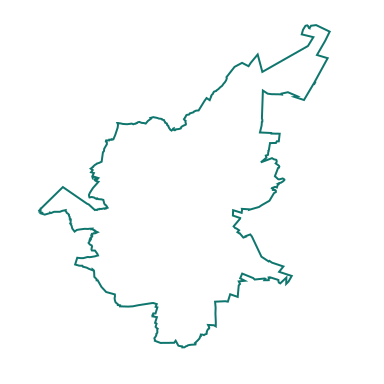 the district of Zempoala, Hidalgo, Mexico, rotated 84°
{"feature_id": "50627088B89511183643181", "entity_name": "Zempoala", "entity_type": "district", "adm_level": 2, "iso_a3": "MEX", "parent_name": "Mexico", "parent_adm1": "Hidalgo", "projection": "equal_earth", "projection_center": [-98.684, 19.926], "detail": "fine", "context": "isolated", "style": "outline", "palette": "teal", "viewbox_px": 384, "rotation_deg": 84, "n_neighbors": 0, "source": "geoboundaries", "source_scale": "gbopen_adm2", "svg_char_len": 6088}
<svg xmlns="http://www.w3.org/2000/svg" viewBox="0 0 384 384"><g transform="rotate(84 192 192)"><path d="M152.0,103.4L150.5,102.4L150.7,100.4L143.2,98.7L142.2,107.0L141.6,107.0L139.9,118.2L133.1,115.8L129.6,115.2L129.4,114.7L127.4,114.5L126.3,114.8L98.5,110.9L102.1,106.5L103.0,102.8L104.1,93.9L104.5,92.4L103.5,92.6L102.8,86.2L107.8,77.2L108.1,80.2L112.2,71.0L97.4,60.0L97.1,59.7L97.4,59.1L96.2,58.3L96.1,59.0L73.1,43.1L68.8,53.4L55.5,43.7L46.9,38.3L39.0,51.1L39.1,56.3L40.8,57.6L41.0,58.1L41.4,58.1L41.2,58.5L39.0,59.3L38.3,60.0L38.6,61.8L42.2,64.6L46.7,66.4L50.7,55.1L58.9,61.4L79.9,109.5L62.1,112.3L69.7,120.1L72.8,122.6L68.8,128.7L72.0,136.6L81.4,145.7L82.5,145.5L84.5,146.4L86.4,147.9L87.5,149.2L89.5,150.9L90.8,153.0L92.5,155.1L93.5,157.0L94.0,157.3L94.5,159.6L95.4,160.4L96.4,160.8L97.5,162.2L98.7,163.0L98.9,162.9L102.5,164.8L100.1,167.7L102.9,170.2L111.6,176.9L111.5,179.5L112.3,181.8L112.9,182.2L113.6,186.0L114.3,186.4L114.7,187.1L114.7,188.8L115.1,189.7L116.7,190.6L117.2,191.3L117.9,191.5L118.7,192.4L119.8,191.8L120.5,190.9L121.7,191.2L123.7,190.9L124.4,191.2L125.1,193.6L126.0,195.5L126.6,196.1L127.6,196.5L128.0,198.7L128.0,201.5L128.5,201.9L128.8,202.6L128.6,203.3L127.8,203.7L126.8,203.5L127.0,204.1L128.0,204.9L128.8,205.9L128.0,206.9L125.9,208.1L125.0,208.3L124.4,208.7L123.6,208.7L122.6,209.8L121.3,209.8L120.2,211.5L119.5,211.5L118.3,212.2L117.6,212.3L116.9,214.1L116.3,214.3L116.0,215.0L115.5,217.3L114.7,218.8L113.5,222.7L114.0,225.6L114.8,225.1L116.7,228.4L119.1,230.9L118.4,232.6L118.0,234.8L116.8,237.1L117.0,238.5L117.4,239.4L117.7,239.5L117.9,240.8L118.2,241.0L118.2,242.2L118.5,243.3L117.7,244.7L117.8,249.5L117.1,253.6L116.2,256.2L116.2,257.0L115.8,257.5L115.6,259.0L116.8,258.6L118.0,258.7L120.2,259.2L127.3,262.4L131.4,264.7L131.1,266.4L131.7,266.5L131.3,268.8L132.0,269.0L131.7,272.0L131.9,272.1L132.8,272.4L133.8,271.5L135.6,271.7L139.8,274.8L142.1,275.3L142.8,275.9L143.1,276.4L152.4,278.7L153.3,281.2L153.8,283.7L154.2,284.1L154.9,285.7L156.7,288.1L156.9,288.0L158.2,290.3L159.8,288.5L161.8,290.3L162.9,287.6L166.1,289.6L167.7,289.3L166.5,287.9L167.6,285.4L169.5,287.7L170.2,287.2L168.0,284.6L168.4,283.7L170.8,286.5L171.2,286.1L172.1,284.0L177.7,290.1L182.2,293.7L184.2,294.8L186.0,294.7L186.7,294.5L186.5,292.2L187.3,289.9L188.3,288.7L189.0,287.5L188.4,287.0L189.3,285.9L189.9,282.7L190.6,281.0L194.2,280.5L195.4,280.0L195.7,279.4L196.9,278.5L198.6,277.7L198.6,278.1L198.9,278.0L199.4,279.2L199.1,279.6L199.6,280.5L199.1,281.0L199.4,283.8L199.1,285.9L199.5,286.2L199.4,287.8L200.0,288.4L199.6,289.7L199.8,290.5L193.6,296.0L192.6,297.7L173.6,319.9L192.4,343.6L192.5,344.2L192.9,344.4L193.1,344.2L194.3,345.7L194.9,344.8L195.7,345.7L196.8,343.5L197.5,344.5L199.1,340.8L198.2,335.7L197.6,335.4L198.2,334.4L197.3,331.3L197.9,325.5L197.2,323.1L196.8,319.5L197.8,319.7L198.3,319.2L199.6,318.8L200.8,317.4L201.8,316.7L202.6,316.9L203.9,316.3L205.1,316.4L206.5,315.4L206.8,315.5L207.0,316.1L207.7,315.6L209.6,315.9L210.6,316.4L211.0,315.9L211.1,316.1L212.9,315.3L215.8,314.9L219.1,312.9L217.7,310.5L217.5,307.5L217.4,302.6L217.9,299.2L217.8,297.9L218.0,295.0L218.5,295.4L218.5,295.1L219.6,293.7L219.8,292.9L221.0,292.0L221.1,292.4L221.5,292.1L221.1,291.7L222.1,290.1L222.8,292.2L223.0,293.0L222.7,294.3L223.4,295.2L223.2,296.0L224.5,296.7L225.1,296.0L225.5,296.4L225.9,296.1L226.9,297.4L227.0,297.1L228.2,298.2L228.4,297.8L229.0,298.4L229.1,298.0L231.8,300.2L233.5,299.1L234.7,297.3L236.1,297.1L236.4,297.4L238.6,298.0L239.7,297.7L240.1,294.6L243.6,292.6L245.3,292.1L245.5,293.7L245.8,294.9L246.1,299.0L246.1,300.8L245.7,302.4L246.4,307.0L246.2,309.3L245.4,313.0L251.9,315.8L253.5,311.8L253.9,308.7L254.9,308.3L256.2,304.7L257.6,302.6L259.3,299.3L258.4,299.1L259.4,298.1L259.8,297.8L261.2,297.7L266.2,298.0L268.6,296.1L269.9,296.1L270.0,295.0L276.9,292.0L282.5,287.8L285.8,279.4L288.2,279.6L289.4,280.1L291.7,280.0L293.8,279.5L296.1,277.3L296.7,277.5L297.2,275.3L298.2,275.5L299.3,267.4L299.5,262.7L299.0,257.5L298.3,243.6L298.4,242.0L299.8,238.8L302.4,240.2L303.1,238.5L309.0,241.0L308.7,243.2L310.4,244.2L310.7,243.7L311.6,244.2L311.9,243.1L311.9,242.6L312.2,242.1L312.8,240.0L318.3,242.4L318.7,241.5L319.2,241.0L322.3,242.3L323.8,241.2L324.4,240.4L325.5,241.0L327.7,241.1L328.4,241.3L329.5,242.4L330.3,242.3L331.9,243.2L333.3,244.6L333.8,244.7L335.4,244.3L336.1,244.5L338.8,239.1L340.1,225.5L338.2,223.8L343.4,221.6L343.9,220.4L344.5,217.9L345.5,217.9L345.7,215.8L344.8,214.1L344.6,213.0L344.1,212.2L344.0,211.4L343.8,209.7L344.0,204.5L343.0,204.2L342.4,204.7L340.5,202.2L338.5,199.9L336.3,198.8L336.3,198.3L334.7,198.1L335.0,196.2L335.6,195.1L334.9,193.7L334.7,192.4L333.6,192.0L333.0,192.1L331.3,191.3L329.9,190.1L329.6,189.3L329.2,189.4L328.5,189.0L325.9,189.9L326.8,184.2L328.1,182.4L323.5,181.9L315.4,181.4L309.5,180.6L303.5,180.5L304.1,170.4L304.8,167.8L297.7,164.7L301.1,157.5L289.8,155.3L288.5,153.9L285.8,154.8L285.8,148.7L282.9,153.1L278.4,150.6L284.0,140.1L285.6,138.8L285.6,129.0L285.9,128.2L287.3,129.2L287.7,124.9L285.1,124.7L285.6,123.6L285.0,123.3L288.5,115.3L289.6,115.4L291.1,115.1L292.1,113.8L287.0,107.1L293.2,107.9L291.1,105.3L285.9,101.6L280.5,113.7L275.6,108.9L270.6,119.9L268.6,122.2L269.1,123.0L263.6,129.7L242.5,137.1L240.3,138.5L241.5,143.2L242.0,143.0L242.7,145.7L238.0,148.9L238.1,149.3L236.7,151.0L235.0,149.2L233.1,151.4L232.2,153.0L230.5,154.2L223.2,146.6L223.3,146.0L219.7,153.8L214.4,153.0L217.9,144.8L214.7,144.0L214.0,144.1L215.3,136.3L215.6,136.5L213.9,126.9L212.4,124.1L208.8,115.9L201.7,110.6L200.8,108.6L199.5,108.5L198.7,109.2L198.4,111.2L197.6,110.9L196.7,112.2L196.4,112.0L195.6,108.8L196.4,107.1L193.2,105.7L193.4,105.0L193.2,104.8L192.6,104.6L192.5,105.0L192.2,104.3L192.1,102.7L190.8,100.1L189.6,98.8L189.1,98.9L188.0,100.4L188.5,103.3L188.5,104.3L188.2,105.0L185.0,107.9L177.1,103.9L176.9,103.0L175.9,102.5L175.2,102.7L174.5,103.3L172.3,105.8L171.5,105.0L170.7,104.6L169.4,104.6L168.8,104.9L168.0,107.2L166.7,108.9L169.7,120.4L165.6,114.4L163.5,114.8L163.1,112.8L162.9,112.5L160.7,112.1L159.6,111.6L159.1,111.8L158.4,111.2L151.5,109.3L152.0,103.4Z" fill="none" stroke="#0f766e" stroke-width="2"/></g></svg>